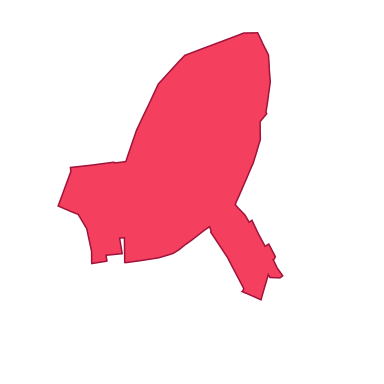 Dudestii Vechi, Timis, Romania (Equal Earth projection), rotated 245°
{"feature_id": "2599482B33662802987078", "entity_name": "Dudestii Vechi", "entity_type": "district", "adm_level": 2, "iso_a3": "ROU", "parent_name": "Romania", "parent_adm1": "Timis", "projection": "equal_earth", "projection_center": [20.432, 46.07], "detail": "fine", "context": "isolated", "style": "filled", "palette": "rose", "viewbox_px": 384, "rotation_deg": 245, "n_neighbors": 0, "source": "geoboundaries", "source_scale": "gbopen_adm2", "svg_char_len": 2109}
<svg xmlns="http://www.w3.org/2000/svg" viewBox="0 0 384 384"><g transform="rotate(245 192 192)"><path d="M298.4,318.9L308.5,318.8L312.2,310.6L314.2,306.1L315.4,289.4L317.1,267.6L318.9,243.3L316.0,235.7L304.1,207.1L289.5,189.7L288.9,189.0L281.6,180.0L274.5,171.5L271.6,168.0L264.4,161.0L247.5,144.8L251.0,134.2L252.0,133.9L255.6,122.5L258.3,113.8L262.7,100.8L265.6,92.2L261.7,90.8L261.5,90.6L235.9,64.8L230.9,69.2L227.7,72.1L226.0,73.6L224.5,74.9L221.4,77.9L219.7,79.4L214.9,79.9L205.7,80.8L203.3,81.1L186.4,77.2L180.6,75.9L178.6,75.0L177.3,74.4L175.3,73.5L173.9,72.9L171.9,71.9L169.8,71.0L169.5,70.9L165.4,85.3L165.4,85.7L165.5,85.8L171.0,87.3L165.6,102.7L180.8,106.9L179.1,111.4L156.5,101.2L155.8,102.6L154.3,107.4L152.4,113.6L150.7,119.1L149.3,124.1L146.5,133.7L145.0,143.6L144.3,149.0L145.2,156.0L147.0,163.1L148.3,170.5L150.0,177.9L152.0,186.5L152.8,191.2L153.0,192.4L153.1,193.2L148.8,192.9L147.7,192.0L135.8,193.8L117.6,196.5L107.8,196.9L82.4,198.1L80.5,195.6L80.5,195.4L80.0,195.8L77.1,198.5L67.4,207.0L65.4,208.7L65.1,209.0L66.7,210.3L69.0,212.3L71.4,214.4L73.7,216.4L76.2,218.6L78.3,220.5L80.5,222.4L82.8,224.4L84.8,226.2L81.6,226.5L80.4,228.7L79.2,231.1L78.1,233.3L77.0,235.4L77.7,238.8L85.0,237.5L87.0,237.1L96.4,237.0L96.6,238.4L98.2,240.2L112.4,239.6L111.9,235.3L125.8,234.5L141.0,234.4L140.6,231.0L148.6,230.3L158.3,227.0L162.1,225.8L164.4,228.0L167.4,231.6L169.7,234.2L170.6,235.2L173.5,238.5L176.2,241.5L179.2,244.9L181.8,247.9L182.3,248.3L184.3,250.7L184.9,251.2L186.9,253.5L190.3,257.3L191.8,259.1L192.2,259.6L193.9,261.1L194.9,262.0L197.3,264.2L199.7,266.4L201.7,268.2L203.5,269.7L205.0,271.1L205.4,271.3L207.2,273.0L210.0,275.6L210.2,275.8L210.7,276.1L212.6,277.0L214.8,278.0L216.0,278.5L218.0,279.4L218.8,279.7L221.7,281.1L225.1,282.6L226.8,283.4L227.0,283.5L227.6,284.8L228.8,287.3L231.0,292.0L231.2,292.4L231.4,292.8L231.5,292.9L232.9,292.6L234.5,293.7L238.0,296.1L243.0,299.4L246.4,301.6L249.5,303.5L252.5,305.5L255.6,307.5L258.7,309.5L271.9,314.4L273.5,315.2L283.8,319.2L290.4,319.1L290.5,319.0L297.5,318.8L298.4,318.9Z" fill="#f43f5e" stroke="#9f1239" stroke-width="1.5"/></g></svg>